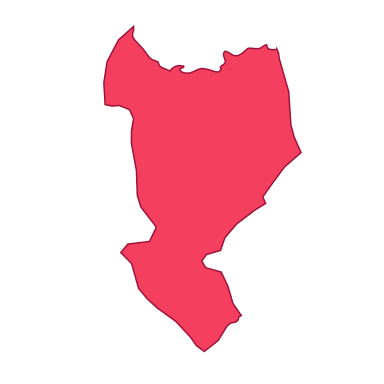 Gaziantep, Robinson projection, rotated 278°
{"feature_id": "TUR-3016", "entity_name": "Gaziantep", "entity_type": "Province", "adm_level": 1, "iso_a3": "TUR", "parent_name": "Turkey", "parent_adm1": "", "projection": "robinson", "projection_center": [37.547, 37.105], "detail": "fine", "context": "isolated", "style": "filled", "palette": "rose", "viewbox_px": 384, "rotation_deg": 278, "n_neighbors": 0, "source": "natural_earth", "source_scale": "10m", "svg_char_len": 1484}
<svg xmlns="http://www.w3.org/2000/svg" viewBox="0 0 384 384"><g transform="rotate(278 192 192)"><path d="M345.4,256.1L341.8,258.3L336.3,259.8L304.8,273.8L272.2,280.6L260.3,285.7L246.2,294.5L229.5,280.0L211.2,270.1L197.0,262.8L190.9,266.5L182.8,256.7L166.6,240.7L151.3,230.9L138.1,228.4L132.1,215.0L125.0,211.3L118.9,216.2L116.8,232.1L103.6,240.7L87.3,248.1L76.5,258.0L74.9,255.8L71.7,255.5L69.3,253.4L67.6,248.5L64.2,245.4L48.6,238.6L35.8,226.3L40.6,217.6L47.9,210.9L61.6,194.0L72.4,173.6L80.1,162.4L89.0,152.6L112.8,142.1L122.1,129.9L131.5,135.7L137.1,156.8L152.2,161.6L170.1,143.4L181.1,138.3L205.5,134.0L231.9,125.2L244.2,123.6L256.6,123.9L264.9,118.6L267.5,107.8L266.0,100.9L266.4,93.8L288.1,89.5L309.3,89.8L332.4,98.1L347.8,111.1L344.5,111.7L341.2,111.2L338.0,111.4L335.0,113.6L326.3,124.2L319.7,130.6L317.6,133.7L316.3,139.8L315.1,140.8L313.6,141.5L312.1,142.7L311.0,144.8L308.8,153.4L311.6,155.2L313.9,157.8L315.4,161.3L315.5,166.3L314.2,166.3L312.9,163.6L311.1,163.2L309.5,164.9L308.8,168.8L309.4,172.7L310.8,175.8L314.2,180.9L315.4,183.7L315.8,185.9L315.5,191.6L314.3,198.5L314.5,201.5L316.9,203.9L319.3,202.7L321.2,203.8L323.0,205.8L324.9,207.0L326.6,206.7L331.2,204.4L333.8,203.9L336.0,205.1L335.6,207.8L333.1,213.6L333.1,217.3L333.7,219.2L336.5,222.5L341.8,227.2L342.5,229.0L342.8,235.1L343.2,237.5L343.9,239.7L347.3,243.4L348.2,245.4L346.0,246.2L344.4,247.6L344.0,250.7L344.4,254.0L345.3,256.1L345.4,256.1Z" fill="#f43f5e" stroke="#9f1239" stroke-width="1.5"/></g></svg>